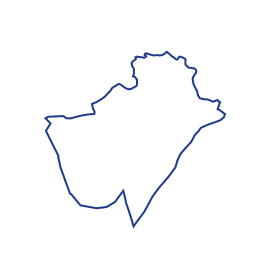 Bilqas, Ad Daqahliyah, Egypt (Robinson projection), rotated 221°
{"feature_id": "37247803B88078543557483", "entity_name": "Bilqas", "entity_type": "district", "adm_level": 2, "iso_a3": "EGY", "parent_name": "Egypt", "parent_adm1": "Ad Daqahliyah", "projection": "robinson", "projection_center": [31.411, 31.344], "detail": "fine", "context": "isolated", "style": "outline", "palette": "blue", "viewbox_px": 256, "rotation_deg": 221, "n_neighbors": 0, "source": "geoboundaries", "source_scale": "gbopen_adm2", "svg_char_len": 2784}
<svg xmlns="http://www.w3.org/2000/svg" viewBox="0 0 256 256"><g transform="rotate(221 128 128)"><path d="M128.9,40.4L127.4,40.8L113.2,38.4L99.1,46.8L92.3,54.4L89.3,63.6L90.4,77.5L86.2,74.7L80.3,70.2L75.8,67.6L67.5,62.7L64.2,60.7L62.7,59.6L59.3,57.4L59.6,60.7L59.9,64.3L60.8,75.8L60.9,76.1L63.1,86.1L64.6,92.6L65.4,103.5L65.4,104.0L65.4,111.1L65.5,119.1L65.7,120.5L66.4,129.3L69.4,136.0L71.4,142.8L71.4,143.4L71.4,148.7L71.4,149.8L71.2,159.0L72.4,164.2L73.0,166.9L72.8,169.3L72.7,171.8L72.8,172.5L73.1,175.9L70.6,181.4L69.5,183.6L68.4,185.5L66.4,188.9L65.4,190.8L63.5,194.2L62.7,199.0L63.9,202.1L69.4,201.8L69.6,201.8L70.5,201.7L72.4,201.1L72.7,201.0L75.5,207.9L76.4,207.5L77.5,207.5L78.6,207.9L79.0,207.5L79.9,205.9L81.0,203.7L82.2,203.3L86.4,201.9L87.1,201.5L87.7,200.9L88.7,200.0L91.0,198.8L91.4,198.6L93.4,197.6L96.9,198.7L99.3,200.6L100.6,201.4L101.5,201.6L106.9,203.9L107.2,204.0L111.0,207.0L112.2,208.7L112.4,210.9L112.8,211.9L112.8,213.9L113.3,215.2L114.2,216.1L115.6,216.5L117.1,216.5L117.9,215.9L118.5,215.5L119.2,215.1L120.9,214.0L122.1,213.2L122.8,213.3L123.7,213.4L125.9,213.4L127.5,214.8L128.9,216.6L129.5,217.5L130.6,217.6L133.3,217.0L134.3,216.6L135.4,216.1L135.8,215.7L136.0,214.3L135.6,212.4L136.3,211.5L137.1,211.3L137.6,211.3L138.8,211.3L140.1,211.3L141.4,210.8L141.7,211.0L148.2,211.0L148.8,210.8L148.9,209.7L149.3,207.2L150.4,205.1L151.5,203.7L154.2,201.8L156.2,199.6L156.5,199.4L160.1,197.7L161.0,197.3L162.1,196.9L163.0,196.3L163.9,195.4L163.5,194.1L162.1,194.3L161.2,193.9L161.4,192.8L162.1,191.5L163.7,190.6L168.3,187.5L168.7,186.5L168.8,186.2L167.5,185.5L167.2,184.9L167.7,183.2L168.1,181.6L167.9,179.4L165.4,177.5L165.1,177.4L163.3,176.9L163.1,176.9L162.2,176.5L160.9,174.9L159.0,172.6L158.8,171.9L158.1,170.2L156.4,171.1L153.9,170.5L152.8,170.3L150.3,167.4L149.3,165.7L149.3,165.3L149.4,164.4L151.6,159.0L152.7,158.0L153.2,157.4L156.1,156.5L158.1,156.3L159.5,156.1L161.9,156.0L163.3,155.6L164.2,154.3L166.1,148.2L166.1,146.4L165.7,145.7L166.1,136.0L166.6,134.2L167.2,131.6L168.7,127.0L170.3,124.0L170.4,123.5L170.6,122.6L170.8,122.4L169.2,121.1L166.5,119.4L163.8,118.3L163.7,118.0L162.6,116.7L162.8,116.4L163.7,115.3L166.1,113.0L166.9,112.1L170.3,108.1L171.4,106.6L173.3,104.0L175.8,100.4L175.9,100.2L177.1,98.3L177.3,98.0L180.2,95.4L181.7,94.8L183.0,94.7L184.0,94.7L185.0,94.2L190.6,88.9L195.6,84.1L196.0,83.0L196.4,81.9L196.7,81.3L189.5,80.6L188.1,72.0L184.0,70.3L183.3,70.0L181.8,69.4L179.7,68.5L178.5,68.0L175.8,66.9L172.2,65.4L169.5,64.3L168.1,63.7L166.3,63.0L164.1,62.1L162.2,61.3L161.2,60.0L160.6,59.6L160.0,59.2L159.0,58.4L157.5,57.3L156.8,56.7L155.5,55.7L154.6,55.1L153.3,54.1L152.6,53.7L151.1,52.9L147.5,50.9L144.7,49.3L141.0,47.2L138.1,45.6L136.7,44.8L136.5,44.7L130.4,41.4L128.9,40.4Z" fill="none" stroke="#1e3a8a" stroke-width="2"/></g></svg>